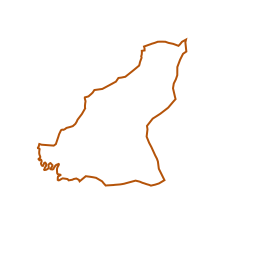 Afikpo South, Ebonyi, Nigeria, rotated 241°
{"feature_id": "59680162B28595276838631", "entity_name": "Afikpo South", "entity_type": "district", "adm_level": 2, "iso_a3": "NGA", "parent_name": "Nigeria", "parent_adm1": "Ebonyi", "projection": "natural_earth1", "projection_center": [7.822, 5.833], "detail": "fine", "context": "isolated", "style": "outline", "palette": "amber", "viewbox_px": 256, "rotation_deg": 241, "n_neighbors": 0, "source": "geoboundaries", "source_scale": "gbopen_adm2", "svg_char_len": 2582}
<svg xmlns="http://www.w3.org/2000/svg" viewBox="0 0 256 256"><g transform="rotate(241 128 128)"><path d="M157.0,42.7L156.7,42.4L156.1,41.8L155.4,41.2L155.0,40.8L154.5,39.7L154.0,39.5L152.8,40.5L152.3,40.4L150.8,39.2L149.0,38.1L147.5,37.6L145.6,37.4L145.0,37.1L144.7,36.6L144.4,35.9L144.4,35.1L144.2,34.7L143.4,34.8L142.8,34.9L142.8,36.3L142.4,36.6L141.5,36.6L140.9,36.2L140.4,36.1L139.9,35.4L139.0,34.6L137.6,34.4L136.5,34.6L136.1,35.2L137.0,36.6L137.9,37.5L138.1,38.3L137.8,38.9L136.8,39.0L136.1,39.0L134.8,38.1L134.2,37.4L133.7,36.1L132.5,35.0L132.3,34.5L131.8,34.5L131.4,35.4L131.1,36.5L131.2,38.5L131.8,39.5L133.8,40.3L134.5,40.7L135.0,42.6L134.9,43.2L132.0,43.9L131.3,43.3L130.6,41.9L129.8,40.3L129.3,40.5L128.3,41.9L128.3,42.9L128.7,43.3L130.3,46.3L130.5,47.4L130.3,49.0L130.2,49.9L129.8,50.0L129.0,49.2L127.9,47.3L126.8,46.2L125.9,45.6L123.6,44.5L122.6,44.1L121.7,44.2L119.9,46.2L119.6,46.2L119.5,45.8L119.5,43.3L118.7,42.6L116.7,41.4L116.0,41.7L115.6,42.8L115.7,45.3L115.6,46.5L114.4,48.1L113.5,49.3L112.6,50.4L111.0,50.7L110.8,51.2L109.7,54.3L109.7,55.7L108.9,58.3L106.5,59.9L104.8,59.8L106.3,67.7L103.8,71.1L101.6,73.9L99.9,75.9L93.9,79.5L91.5,79.9L88.5,80.6L87.9,82.0L87.3,83.2L85.1,87.8L84.9,88.4L82.5,93.7L81.7,95.9L81.1,97.7L80.8,99.0L78.3,109.1L75.9,111.7L75.2,112.4L73.0,114.1L71.8,115.3L70.1,116.8L69.8,117.1L67.8,119.1L66.5,120.1L65.3,124.2L64.5,128.2L64.7,134.6L77.4,135.2L84.2,137.9L87.1,138.4L90.9,138.5L99.8,139.2L104.8,139.3L111.4,140.1L117.4,144.4L120.6,145.6L124.2,154.1L124.3,155.3L124.8,163.1L126.3,173.0L129.2,180.7L130.2,183.6L132.5,184.2L140.9,186.6L144.7,189.6L147.4,193.5L150.3,196.7L157.4,200.7L162.5,206.7L166.2,212.1L166.6,216.1L175.1,219.7L177.2,221.6L177.2,217.0L176.0,214.1L175.4,212.0L179.7,208.3L182.8,204.7L185.3,202.5L187.1,199.5L189.0,195.9L189.5,192.6L189.6,192.3L189.7,191.7L190.2,189.5L190.2,189.3L190.4,188.0L190.8,185.7L191.1,183.8L191.4,182.1L191.5,181.5L190.5,181.3L189.5,181.0L187.8,180.1L188.8,177.5L187.4,176.8L185.8,175.8L185.0,175.1L184.3,174.3L183.5,174.2L182.8,173.9L181.7,172.6L179.7,170.3L178.5,169.3L177.2,168.0L176.4,163.8L175.6,159.4L174.1,150.5L175.3,146.7L176.4,143.9L174.4,139.9L174.6,124.5L177.5,117.0L176.1,114.3L175.6,112.5L174.8,108.7L175.7,105.1L175.3,104.8L174.6,104.5L174.2,104.4L172.2,103.9L171.5,103.5L170.7,102.8L168.4,101.2L166.8,100.3L166.0,100.1L162.6,94.5L159.7,87.9L158.4,86.2L157.1,83.9L156.4,80.6L157.0,77.7L157.6,75.4L157.9,74.2L157.6,72.5L157.7,70.7L158.5,69.6L158.5,68.3L156.0,64.8L153.9,62.6L148.9,57.1L148.6,54.5L155.3,44.3L157.0,42.7Z" fill="none" stroke="#b45309" stroke-width="2"/></g></svg>